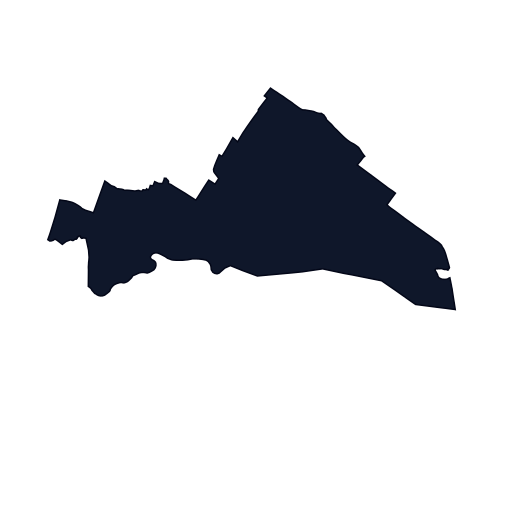 outline of Itesti, Bacau, Romania, rotated 320°
{"feature_id": "2599482B64151983327745", "entity_name": "Itesti", "entity_type": "district", "adm_level": 2, "iso_a3": "ROU", "parent_name": "Romania", "parent_adm1": "Bacau", "projection": "albers", "projection_center": [26.861, 46.655], "detail": "fine", "context": "isolated", "style": "filled", "palette": "ink", "viewbox_px": 512, "rotation_deg": 320, "n_neighbors": 0, "source": "geoboundaries", "source_scale": "gbopen_adm2", "svg_char_len": 5607}
<svg xmlns="http://www.w3.org/2000/svg" viewBox="0 0 512 512"><g transform="rotate(320 256 256)"><path d="M374.2,425.1L374.7,424.3L376.2,421.8L378.1,418.7L378.3,418.3L381.2,413.5L383.7,409.4L385.2,407.0L386.0,405.4L386.9,403.9L388.2,401.5L389.1,399.9L389.6,398.9L390.5,397.3L389.3,396.9L388.1,396.8L387.1,396.3L385.9,395.5L383.9,393.7L383.0,392.3L382.2,390.4L382.3,388.6L383.1,386.9L383.6,384.6L384.1,381.6L385.9,381.5L386.4,382.2L386.8,382.5L387.2,382.3L387.5,382.3L387.5,382.9L388.5,383.8L389.8,384.7L390.5,385.6L391.0,386.5L391.8,387.6L392.6,388.3L393.4,388.8L394.0,389.2L393.6,389.8L394.3,390.2L394.7,389.4L395.6,389.8L396.7,389.3L397.3,388.0L397.8,387.0L398.5,385.4L400.0,382.2L400.8,380.3L401.6,378.5L402.5,376.5L403.2,374.6L403.7,373.3L404.3,370.9L404.6,368.2L405.0,367.1L404.9,365.6L404.7,364.1L404.3,361.9L403.3,358.9L402.3,354.4L400.7,348.4L399.2,342.6L397.3,335.7L396.5,332.2L395.6,328.8L394.1,322.9L392.6,316.2L391.3,310.7L390.0,305.8L389.5,303.3L389.3,300.9L391.4,300.4L394.0,299.8L396.1,299.2L398.2,298.7L403.2,297.5L402.6,294.9L402.0,292.6L401.6,291.4L400.8,288.5L400.2,285.7L399.3,281.9L397.7,275.0L396.4,269.5L395.1,264.1L394.0,259.5L393.2,256.1L392.4,252.8L392.0,251.4L394.3,250.9L397.7,250.3L400.7,249.6L401.7,249.4L402.2,249.4L403.4,249.5L403.4,248.1L403.5,246.3L403.6,245.0L403.9,243.1L404.1,241.2L404.3,239.6L404.3,238.5L404.0,237.2L403.7,235.9L403.1,233.7L402.5,232.1L401.8,230.5L401.2,228.8L400.8,227.2L400.5,226.0L400.0,223.2L399.8,221.8L399.5,219.2L399.2,216.0L399.0,213.4L398.8,211.0L398.5,208.9L398.4,207.1L398.4,203.7L398.0,200.6L397.7,197.3L397.6,196.7L397.7,196.1L398.2,195.7L398.3,194.5L398.5,192.2L398.6,191.7L398.1,190.2L397.9,189.2L397.7,188.7L396.5,187.8L395.2,186.3L394.4,185.0L394.0,184.3L393.8,183.8L393.5,183.4L393.3,182.8L392.7,181.9L392.2,181.3L391.8,180.7L391.3,180.2L387.5,175.7L385.6,174.0L384.7,172.0L384.0,169.7L383.3,166.9L382.5,163.7L382.2,162.0L381.6,159.7L381.1,158.2L380.6,156.4L380.3,155.3L380.0,154.1L379.3,151.2L377.9,146.8L377.1,143.8L376.7,142.6L376.2,141.1L375.0,136.7L365.3,138.7L366.2,142.2L361.3,143.2L352.0,145.3L350.7,146.6L343.9,148.2L337.7,149.8L332.1,151.3L328.7,152.3L325.4,153.2L319.9,155.1L315.3,156.7L314.4,150.5L312.0,151.4L302.1,155.1L299.1,156.1L294.0,157.8L292.9,154.8L291.8,155.4L287.4,157.6L282.7,160.1L279.2,162.3L278.0,164.1L277.7,165.2L277.4,171.7L277.4,172.6L272.5,174.1L270.8,174.6L268.6,167.5L266.6,168.1L261.6,169.6L250.0,173.3L246.4,174.4L245.8,174.5L243.2,166.3L242.1,162.6L238.1,150.9L236.7,146.4L235.7,144.7L235.6,144.1L237.0,142.6L237.2,141.2L237.0,140.0L237.1,138.7L235.8,137.5L234.5,138.5L232.8,139.4L231.9,140.0L231.2,140.2L230.9,140.2L230.0,139.5L228.4,138.1L227.9,137.5L226.2,133.9L223.8,135.2L222.1,136.0L220.4,134.0L218.2,135.4L217.3,135.8L216.3,136.1L215.6,135.3L215.4,134.2L214.0,134.6L212.8,133.5L212.3,132.8L212.0,132.6L211.5,132.7L211.1,132.9L210.4,133.0L209.5,132.2L209.0,131.6L208.7,131.2L208.4,130.4L208.0,130.1L207.7,129.9L206.8,129.4L205.8,128.9L204.8,128.2L203.7,127.0L202.2,125.4L201.1,124.2L199.7,122.9L198.4,121.8L197.8,121.5L197.5,121.1L196.9,119.7L196.6,119.3L196.2,118.7L195.6,118.0L194.6,117.0L194.0,116.2L193.5,115.9L193.1,115.5L192.8,115.2L192.5,113.9L192.0,111.8L191.1,110.4L190.7,109.7L190.3,109.1L190.0,107.9L189.6,106.2L189.3,104.6L188.9,103.3L188.4,101.4L172.1,110.9L159.3,118.4L158.5,117.2L157.1,114.9L155.9,113.1L154.6,111.0L154.2,110.0L153.8,109.1L153.2,107.8L153.1,106.6L152.9,105.3L152.4,103.6L152.1,102.6L151.7,101.5L150.9,99.3L149.9,97.2L149.3,96.2L148.2,94.7L146.9,92.9L146.1,91.8L145.1,90.8L143.8,89.3L143.2,88.6L142.1,87.4L141.8,86.9L126.9,97.2L119.3,102.1L112.9,106.2L111.7,106.9L111.6,107.0L110.4,107.7L107.8,109.2L107.0,109.7L107.2,110.3L107.4,110.9L107.6,111.9L108.8,112.8L110.7,113.6L111.7,113.6L112.8,114.0L113.4,115.0L113.8,116.6L114.4,119.2L115.1,122.6L119.8,122.8L124.4,124.4L125.0,125.6L125.6,126.4L126.2,126.7L128.0,126.7L129.1,127.6L129.8,127.2L130.1,127.3L130.1,127.5L130.6,127.4L131.4,126.6L132.0,127.0L132.2,126.8L132.7,126.7L133.5,127.3L133.9,127.3L134.4,127.8L134.2,128.3L133.5,128.9L133.5,129.1L133.8,129.9L133.8,130.4L134.5,130.8L134.8,131.1L135.4,130.8L135.7,131.2L136.2,132.1L137.2,133.1L131.5,143.9L127.3,149.7L125.3,151.8L123.6,153.4L122.7,154.4L120.6,156.6L119.4,158.1L118.7,159.0L116.4,161.7L108.0,171.5L108.4,173.0L108.7,174.5L108.6,175.6L108.3,176.9L108.4,178.8L108.4,180.8L108.6,181.5L109.0,182.3L109.2,183.0L109.3,183.6L110.2,185.4L111.3,186.7L112.9,187.9L114.9,188.7L118.3,188.9L119.7,188.9L121.0,188.9L122.0,188.6L123.0,187.8L124.3,187.4L126.6,186.9L129.2,186.9L131.7,187.6L134.5,188.8L135.9,189.8L137.0,191.2L137.9,191.9L139.2,192.4L140.8,192.9L142.2,193.0L144.0,192.9L146.6,192.7L149.0,191.9L151.7,192.8L155.4,193.8L157.2,194.7L158.4,195.6L159.5,196.5L160.7,197.8L161.7,199.1L163.6,199.9L166.3,200.5L168.9,200.9L171.2,200.3L173.1,199.1L174.4,197.5L175.0,196.1L174.9,194.4L174.6,193.4L174.0,192.1L173.8,191.1L173.8,190.0L174.5,188.8L176.1,188.1L177.9,187.9L179.5,188.2L181.2,189.1L182.6,190.5L183.5,192.1L184.3,193.8L186.1,198.2L186.8,200.9L188.9,204.6L189.7,205.6L192.5,208.3L197.1,212.1L201.3,215.0L205.6,217.4L209.9,221.1L213.1,224.5L215.2,227.2L215.9,229.6L215.6,233.2L214.7,235.2L212.9,237.8L212.7,239.3L212.5,240.7L213.2,242.7L214.7,244.6L215.7,245.0L216.7,245.4L219.3,245.3L220.0,245.3L224.3,245.2L227.9,246.2L230.2,246.9L235.2,256.3L236.3,258.4L244.2,272.2L246.4,273.7L272.4,291.8L281.2,297.8L298.8,308.7L311.9,325.5L313.8,327.8L317.4,332.1L336.3,355.7L340.7,371.6L344.8,387.2L347.1,395.7L351.8,400.8L361.2,411.0L366.3,416.5L367.1,417.3L370.0,420.5L373.9,424.7L374.2,425.1Z" fill="#0f172a" stroke="#020617" stroke-width="1.5"/></g></svg>